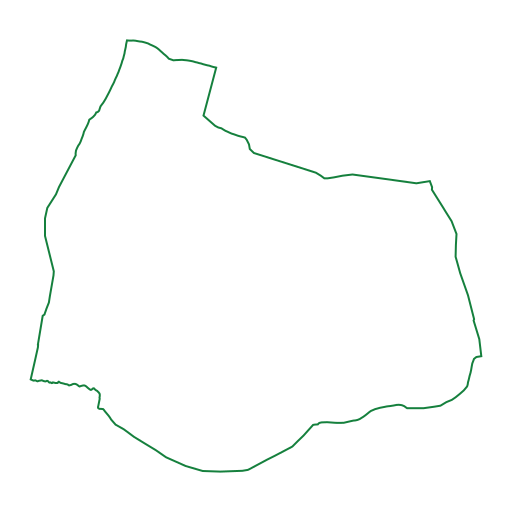 Al Azariq, Al Dali', Yemen
{"feature_id": "15242507B92892578873791", "entity_name": "Al Azariq", "entity_type": "district", "adm_level": 2, "iso_a3": "YEM", "parent_name": "Yemen", "parent_adm1": "Al Dali'", "projection": "robinson", "projection_center": [44.595, 13.646], "detail": "fine", "context": "isolated", "style": "outline", "palette": "green", "viewbox_px": 512, "rotation_deg": 0, "n_neighbors": 0, "source": "geoboundaries", "source_scale": "gbopen_adm2", "svg_char_len": 4525}
<svg xmlns="http://www.w3.org/2000/svg" viewBox="0 0 512 512"><path d="M30.7,379.4L33.4,380.6L34.5,380.5L35.0,380.4L35.5,380.4L35.9,380.6L36.7,381.0L37.4,381.3L37.9,381.2L38.6,380.9L39.4,380.7L40.2,380.6L41.6,380.3L42.1,380.4L42.8,380.7L43.7,381.1L44.4,381.2L45.0,381.4L45.6,381.4L46.1,381.2L46.5,381.1L46.8,380.9L47.4,380.9L47.7,381.0L48.1,381.3L48.4,381.7L48.8,382.1L49.1,382.4L49.5,382.6L50.0,382.5L50.4,382.4L50.8,382.5L51.0,382.6L51.2,382.9L51.7,383.1L52.2,383.0L52.5,382.9L52.9,382.4L53.4,382.5L53.9,382.6L54.7,382.8L55.4,383.0L56.2,383.0L57.3,383.0L57.7,382.9L58.0,382.5L58.4,381.9L58.8,381.7L59.2,382.0L59.6,382.3L60.2,382.6L60.7,382.9L61.6,383.1L62.2,383.2L62.9,383.4L63.8,383.6L65.3,384.1L66.4,384.2L67.3,384.4L68.0,384.7L68.7,385.3L69.4,385.4L69.9,385.2L70.9,385.0L71.7,384.7L72.4,384.2L73.7,383.9L74.6,383.9L75.2,383.9L76.1,384.2L76.4,384.3L77.2,384.8L78.0,385.4L78.8,386.1L79.7,386.5L80.6,386.1L81.7,385.8L82.9,385.5L84.1,385.4L84.8,385.6L85.5,385.9L86.3,386.5L87.1,387.2L87.7,387.8L88.4,388.3L88.8,388.7L89.4,389.1L90.4,389.8L90.9,389.9L91.4,389.7L91.9,389.4L92.9,388.5L93.3,388.3L93.5,388.3L93.9,388.3L94.1,388.6L94.4,388.9L95.0,389.4L95.6,390.0L96.6,390.6L97.3,391.0L98.0,391.8L98.6,392.3L99.1,393.0L99.5,393.5L99.7,394.2L99.8,395.0L99.7,396.6L99.5,397.6L99.7,398.8L98.3,405.9L98.1,406.6L98.0,407.2L98.1,407.9L98.6,408.4L99.6,408.9L100.4,408.9L100.6,408.9L101.3,408.9L102.2,409.0L103.1,409.1L103.8,409.8L104.8,411.2L106.9,413.7L108.5,415.6L109.6,417.1L110.2,418.0L111.1,419.5L113.0,421.7L115.3,424.3L115.5,424.6L123.8,429.3L134.2,437.0L145.3,443.8L155.7,450.1L166.1,457.3L185.6,466.0L202.7,471.0L220.4,471.6L242.4,470.8L247.8,469.9L249.1,469.3L267.0,459.7L274.8,455.8L292.1,446.7L292.3,446.5L292.5,446.4L298.0,440.9L303.5,435.6L313.1,424.9L314.8,424.6L317.8,424.4L318.5,423.6L319.4,422.9L321.6,422.4L327.1,422.2L329.8,422.4L335.3,422.8L336.2,422.8L336.6,422.9L338.8,422.9L341.1,422.9L342.0,422.8L343.7,422.8L350.6,421.2L353.3,420.6L355.5,420.4L357.6,419.9L359.8,419.0L361.5,417.9L363.3,416.8L365.5,415.2L367.5,413.6L369.3,412.1L371.0,410.9L372.9,410.1L375.2,409.1L377.1,408.6L379.9,407.8L382.0,407.4L384.6,406.9L386.4,406.5L388.5,406.2L389.9,406.1L392.3,405.7L393.1,405.6L396.7,404.9L398.8,404.8L400.8,405.0L402.2,405.3L404.3,406.2L406.2,407.6L407.1,408.2L422.2,408.2L423.6,408.2L434.3,406.7L440.4,405.7L440.6,405.6L446.4,402.1L451.8,399.9L455.6,397.3L459.8,393.9L463.8,390.4L466.9,386.7L467.2,386.2L467.7,384.5L468.0,382.3L468.6,380.2L469.1,378.1L469.6,375.9L470.6,372.5L470.7,371.8L471.0,370.7L471.7,366.6L471.9,365.5L472.3,363.4L473.2,361.1L474.0,358.9L476.4,357.0L481.3,356.2L479.3,339.2L473.6,320.5L474.1,319.2L468.0,295.3L460.2,273.2L456.9,261.3L455.6,256.8L455.9,244.9L456.5,234.0L451.6,221.2L445.2,211.0L443.2,207.7L431.9,189.7L432.1,187.2L429.8,181.1L416.4,183.3L385.5,179.0L352.5,174.5L342.5,175.7L333.8,177.4L327.8,178.3L324.3,178.3L320.8,175.7L315.9,172.7L275.3,159.8L253.9,153.0L249.8,149.0L249.0,144.4L246.7,139.8L245.0,137.6L242.9,137.0L240.3,136.4L237.8,135.7L235.9,135.0L233.6,134.2L231.6,133.6L229.6,132.7L227.5,131.7L225.4,130.8L223.1,129.4L221.4,128.3L218.3,127.5L215.1,125.8L203.5,115.6L216.2,67.6L215.9,67.5L213.8,67.1L211.3,66.4L209.4,65.7L207.3,65.3L205.4,64.8L203.1,64.2L201.1,63.5L199.1,63.1L197.2,62.5L195.2,62.1L194.7,61.9L193.0,61.4L191.1,61.0L188.8,60.6L186.8,60.3L184.5,60.1L182.6,59.9L180.7,59.9L178.5,60.0L175.9,60.1L173.4,60.3L168.8,58.7L167.4,57.1L165.7,55.5L163.7,53.9L162.1,52.4L160.6,51.1L159.0,49.6L157.4,48.3L155.6,47.1L153.8,46.2L151.9,45.3L150.0,44.5L148.2,43.5L146.0,42.8L143.9,42.2L141.9,41.7L139.8,41.5L137.5,41.1L135.4,40.7L133.3,40.5L131.4,40.6L129.1,40.6L127.0,40.4L126.7,41.7L126.1,44.4L125.8,46.9L125.3,49.2L124.8,51.4L124.5,53.5L123.9,55.7L123.2,58.6L122.3,60.8L121.7,63.0L121.0,65.1L120.2,67.4L119.3,69.7L118.5,72.0L117.6,74.0L116.8,76.0L115.8,78.0L114.9,80.0L114.1,82.1L113.1,84.1L111.9,86.3L110.9,88.5L110.0,90.4L108.7,93.0L107.7,94.9L106.7,96.8L105.7,98.7L104.5,100.7L103.2,102.8L101.8,104.6L100.5,106.4L99.8,108.5L99.1,110.7L97.6,112.1L96.3,112.4L95.1,114.7L93.2,116.8L91.6,118.1L89.3,119.7L88.7,121.8L87.8,124.1L86.9,126.0L85.9,128.0L84.9,129.9L83.9,131.9L83.4,134.0L82.6,136.4L81.7,138.6L80.7,141.4L79.6,143.7L78.2,145.7L77.1,147.9L76.0,150.5L75.6,153.4L75.7,155.3L59.0,187.0L56.0,194.3L47.3,207.9L45.0,218.4L45.0,221.6L45.0,235.9L53.8,271.3L53.5,275.4L49.9,296.0L48.9,302.5L46.3,309.1L46.0,310.1L44.8,313.4L44.5,314.5L42.7,315.8L37.9,344.6L38.1,344.7L38.1,345.0L37.9,347.4L34.9,360.9L30.7,379.4Z" fill="none" stroke="#15803d" stroke-width="2"/></svg>